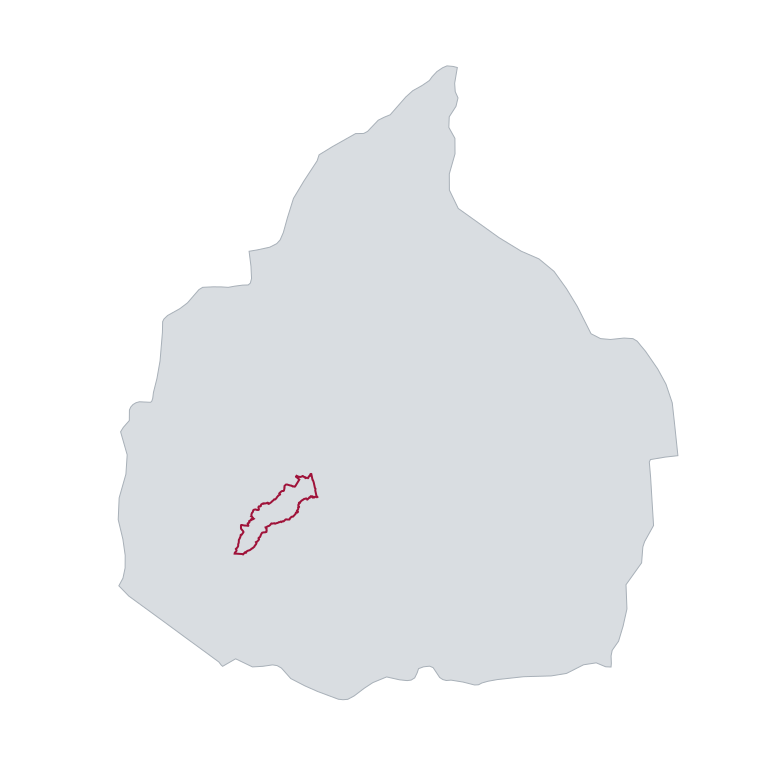 Chivi, Masvingo, Zimbabwe (highlighted), rotated 84°
{"feature_id": "62879985B12004776276546", "entity_name": "Chivi", "entity_type": "district", "adm_level": 2, "iso_a3": "ZWE", "parent_name": "Zimbabwe", "parent_adm1": "Masvingo", "projection": "mercator", "projection_center": [30.666, -20.5], "detail": "fine", "context": "in_parent", "style": "outline", "palette": "rose", "viewbox_px": 768, "rotation_deg": 84, "n_neighbors": 0, "source": "geoboundaries", "source_scale": "gbopen_adm2", "svg_char_len": 7977}
<svg xmlns="http://www.w3.org/2000/svg" viewBox="0 0 768 768"><g transform="rotate(84 384 384)"><path d="M557.0,668.8L549.8,663.9L539.9,660.7L527.4,659.3L511.1,659.9L491.1,662.5L469.6,659.3L446.7,650.1L427.6,646.8L404.9,650.8L403.9,650.9L399.9,647.8L393.7,641.1L383.3,639.9L380.5,638.3L378.2,635.8L376.7,632.6L376.1,629.1L377.8,618.1L376.9,616.8L374.1,615.5L368.4,614.2L354.7,609.2L337.6,604.3L309.7,599.0L298.8,597.6L296.3,596.0L293.2,592.0L287.8,579.3L282.8,571.0L270.8,558.2L268.9,554.2L269.5,544.0L270.4,535.8L271.6,528.8L271.1,522.2L270.9,514.1L271.3,508.7L269.7,506.4L265.3,504.7L252.9,504.0L237.9,504.3L237.4,496.1L236.0,483.3L233.2,476.0L229.8,472.2L222.9,468.3L208.9,462.8L189.9,454.6L173.7,442.4L155.1,427.2L149.3,424.6L142.5,410.4L132.0,386.1L132.7,378.0L131.1,374.0L121.0,362.1L118.7,355.9L116.9,349.7L100.8,332.3L95.3,324.7L91.1,314.9L86.9,307.1L83.4,304.0L78.8,298.7L75.6,292.6L74.2,288.1L75.4,282.1L76.9,278.0L92.3,282.3L100.7,282.6L107.2,280.5L115.4,283.4L125.1,291.2L135.6,292.7L147.1,287.8L162.5,289.3L181.9,297.1L198.0,298.7L217.2,291.8L234.3,272.5L250.4,254.4L266.3,233.6L275.8,216.8L289.8,203.1L308.2,192.6L327.0,183.7L355.8,172.8L355.7,172.8L361.5,163.9L363.4,154.1L363.4,140.5L364.9,131.7L367.9,127.7L372.7,124.6L378.8,120.5L397.7,110.2L413.6,103.6L432.9,99.3L454.0,99.2L474.4,99.2L486.0,99.2L486.1,112.2L487.0,126.9L489.3,128.3L504.6,128.6L529.2,129.7L552.9,130.7L568.0,141.3L573.1,143.6L588.8,146.5L608.9,164.3L633.1,165.9L649.7,171.5L664.3,177.6L672.7,184.9L678.2,186.6L685.6,187.1L689.2,187.8L688.4,193.1L683.5,202.1L684.1,214.9L690.9,232.7L691.8,248.2L689.7,275.6L689.8,302.2L690.5,311.7L691.6,318.0L693.0,321.4L692.8,325.4L688.7,336.5L685.5,348.3L685.4,353.0L684.1,356.4L681.7,359.3L671.2,364.8L669.4,368.1L669.4,374.2L670.7,379.4L674.7,381.2L679.5,384.2L681.3,388.0L681.4,392.0L679.8,399.5L675.6,412.0L679.8,426.3L684.6,435.6L691.1,446.3L693.8,453.0L693.7,457.8L692.7,462.4L682.9,482.1L675.9,494.3L667.2,507.5L655.8,515.7L652.9,519.7L651.7,524.2L652.1,534.1L651.6,544.4L641.8,560.3L647.9,574.0L646.5,575.3L643.2,577.3L629.2,592.7L615.0,608.4L604.6,619.8L592.8,632.8L579.6,647.4L568.3,659.9L557.0,668.8Z" fill="#d9dde1" stroke="#a8b0b8" stroke-width="1"/><path d="M538.7,542.0L538.7,541.9L538.4,541.8L537.9,541.0L537.5,540.5L537.6,540.4L537.5,540.2L537.1,539.9L537.4,539.6L537.4,538.9L537.3,538.7L537.0,538.6L536.8,538.8L536.7,539.1L535.6,537.0L535.6,536.6L535.4,536.0L535.3,535.1L535.0,534.5L534.2,533.1L533.9,532.9L533.6,531.8L533.3,531.6L532.9,530.9L532.2,529.9L531.5,529.6L531.1,529.1L530.8,528.9L530.3,528.3L530.1,528.3L529.7,527.9L529.0,527.5L528.6,527.4L528.4,527.4L528.1,527.8L527.9,527.9L527.7,527.5L527.6,527.2L527.5,526.8L527.3,526.4L526.4,525.4L525.6,524.6L525.3,524.5L524.5,524.9L524.2,524.9L523.8,524.5L523.6,524.2L523.3,523.5L523.1,523.2L522.4,522.8L521.6,522.5L521.1,522.1L520.3,521.7L520.0,521.4L519.3,520.9L519.1,520.6L519.1,519.9L519.0,519.6L519.0,518.6L519.1,517.7L518.9,517.1L518.9,516.6L518.8,516.4L518.6,516.3L518.2,516.5L518.0,516.4L517.4,516.0L517.2,516.0L516.4,516.1L516.2,516.1L515.9,515.9L515.5,515.9L515.3,515.9L515.0,516.2L514.7,516.7L514.2,516.8L514.0,515.8L513.7,515.3L513.4,514.6L513.1,513.2L512.9,512.8L512.4,512.1L512.1,511.7L511.2,510.9L511.0,510.7L510.9,510.5L511.0,510.2L511.2,509.6L511.1,509.0L511.1,508.8L511.1,508.2L511.0,507.8L511.2,507.6L511.2,507.3L511.5,507.0L511.5,506.5L511.3,506.0L511.2,505.5L511.0,504.3L510.8,503.7L510.4,502.9L510.5,502.5L510.5,502.1L510.0,500.9L510.1,500.6L510.5,500.3L510.3,499.9L510.1,499.5L509.9,498.9L509.9,498.7L510.1,498.4L510.0,498.0L508.5,496.1L508.4,495.8L508.4,495.2L508.7,494.6L508.7,494.4L508.7,493.5L508.9,492.8L508.9,492.3L508.8,492.1L507.7,491.5L507.0,490.6L506.9,490.4L506.4,489.9L506.4,489.7L506.4,488.4L506.2,488.1L505.9,487.9L505.7,487.6L505.4,487.1L505.1,486.8L504.5,486.3L504.2,485.8L503.6,485.3L503.0,485.2L502.7,485.0L502.6,484.6L502.7,484.0L502.8,483.7L502.5,483.2L502.3,483.0L502.1,482.9L501.7,483.0L501.4,483.2L501.3,483.6L501.0,483.8L500.8,483.7L500.7,483.4L500.2,483.1L499.6,482.5L498.8,482.3L498.2,482.2L498.0,482.3L497.8,482.3L497.7,482.1L497.7,481.7L497.5,481.4L497.4,481.3L497.2,481.3L497.0,481.6L496.7,481.7L496.4,481.9L496.1,481.9L495.7,481.8L495.4,481.9L495.2,481.8L495.0,481.4L494.6,481.2L494.3,481.2L493.9,481.2L493.5,481.1L493.3,481.0L493.3,480.7L493.2,480.6L493.5,480.3L493.4,479.9L492.4,479.4L491.9,478.8L491.5,478.3L491.4,478.0L491.1,477.7L490.9,477.1L490.7,476.9L490.5,476.3L489.9,475.4L489.9,475.2L490.0,474.6L489.7,473.8L489.7,473.3L489.8,473.2L490.6,472.5L490.7,472.3L490.9,472.3L490.9,472.2L489.9,471.1L489.7,470.6L489.2,470.3L489.2,469.6L488.7,469.5L488.0,468.5L488.6,467.8L488.3,467.7L488.1,467.4L488.2,467.0L488.6,466.4L489.5,466.5L489.6,465.7L489.5,465.0L489.0,464.6L489.1,463.9L488.9,463.2L489.6,462.5L489.4,462.1L488.8,462.5L488.8,462.8L482.7,463.5L481.0,463.1L480.1,463.6L477.0,463.9L474.4,464.2L473.6,464.4L472.3,464.7L471.9,465.1L465.9,465.7L465.8,465.9L465.8,466.1L465.9,466.5L466.5,466.8L466.7,467.0L466.9,467.1L467.2,467.4L467.5,467.4L467.8,467.5L467.8,467.8L468.0,468.3L468.3,468.5L468.5,468.6L469.2,469.1L469.6,469.2L469.7,469.4L469.6,469.5L469.4,469.7L469.2,470.5L469.3,470.8L469.3,471.0L469.2,471.2L469.4,471.7L469.4,472.0L469.2,472.1L468.8,472.1L468.5,472.2L468.5,472.3L468.4,472.5L468.1,472.8L468.0,473.4L467.8,473.7L467.7,473.9L467.4,474.0L467.0,474.4L467.0,474.5L467.3,475.1L467.4,475.6L467.5,475.9L467.7,476.5L467.7,476.8L467.5,478.0L467.2,478.6L467.3,478.9L467.3,479.2L467.2,479.3L467.2,479.6L466.8,479.7L466.6,479.8L466.2,480.5L466.4,480.6L466.7,480.7L466.8,480.8L466.9,481.2L467.1,481.2L467.9,480.3L470.2,478.2L476.6,483.1L476.6,483.3L476.5,483.8L476.7,484.0L476.3,485.0L476.3,485.5L476.0,485.6L475.8,486.0L475.7,486.5L475.3,487.0L475.2,487.1L475.2,487.3L475.2,487.7L473.8,491.0L473.8,491.7L473.8,492.1L474.3,492.7L474.7,493.2L475.0,493.6L475.3,493.7L476.2,493.7L476.7,493.8L476.9,494.0L477.3,493.9L479.4,494.6L479.7,494.9L479.8,495.0L479.9,495.6L479.8,496.0L479.8,496.6L480.1,497.3L481.4,499.1L481.9,499.6L482.5,499.3L482.8,499.0L482.9,498.9L483.1,499.0L483.4,499.9L483.7,500.2L483.9,500.7L484.0,500.9L484.3,501.1L485.5,502.4L485.8,502.5L486.9,503.6L487.4,504.2L487.4,504.5L487.2,505.1L487.3,505.4L488.0,506.0L488.8,507.3L489.8,508.5L490.3,509.4L490.9,510.5L491.1,510.9L491.2,511.2L491.1,511.5L490.5,511.5L490.1,511.7L489.9,512.0L489.9,512.3L489.9,512.5L490.2,513.1L490.3,513.7L490.4,514.3L490.3,514.7L490.2,515.0L490.2,515.4L490.3,515.6L490.6,516.1L490.4,516.6L490.2,516.7L490.3,516.9L490.3,517.4L490.7,518.0L490.9,518.6L491.6,519.1L492.4,519.2L492.6,519.4L492.8,519.8L492.8,520.2L492.6,520.9L492.6,521.1L492.8,521.4L493.1,521.6L493.7,521.8L495.2,521.5L495.5,521.5L495.8,521.6L496.1,521.9L496.1,522.6L496.0,523.3L495.9,523.7L495.4,524.6L495.3,525.3L495.4,525.8L495.5,526.6L496.0,527.3L496.7,527.5L497.6,527.9L498.1,528.4L498.3,528.7L499.0,529.1L500.0,529.5L500.9,529.5L501.5,529.6L501.7,529.9L502.0,529.6L502.4,529.0L502.6,528.9L504.2,527.8L504.4,527.6L504.8,528.4L505.0,529.2L504.4,529.7L504.7,530.3L505.0,530.6L505.6,530.6L505.8,531.0L506.1,532.2L506.3,532.4L506.4,532.5L506.7,532.5L507.4,532.3L507.7,532.5L507.9,532.8L508.1,533.2L508.3,534.0L508.6,534.2L509.4,534.0L510.1,533.8L510.5,533.7L510.8,533.8L510.9,534.0L510.6,534.8L510.4,535.9L510.3,536.6L510.2,537.3L509.7,539.2L509.4,539.9L509.3,540.7L509.4,540.8L509.6,541.0L510.3,541.0L510.7,541.1L511.0,541.2L512.5,541.3L513.2,541.2L513.7,540.8L514.5,540.3L515.3,539.7L515.9,539.4L516.5,539.2L516.7,539.3L517.7,540.1L519.1,541.4L519.2,541.6L519.0,541.9L519.0,542.2L519.1,542.3L519.3,542.4L519.8,542.4L520.1,542.5L521.2,542.9L521.8,543.4L522.6,543.6L523.2,544.2L523.8,544.6L524.8,544.8L525.9,544.9L526.6,545.1L527.2,545.3L528.1,545.8L528.8,545.8L529.9,546.0L530.6,546.4L531.2,546.9L531.6,547.3L532.4,548.4L532.6,548.6L532.8,548.5L533.4,548.2L533.6,548.1L534.0,548.0L534.5,548.2L534.8,548.4L535.1,548.7L535.8,549.6L536.1,549.9L536.4,550.1L537.1,550.3L537.2,549.8L537.3,548.6L538.4,542.1L538.7,542.0Z" fill="none" stroke="#9f1239" stroke-width="2"/></g></svg>